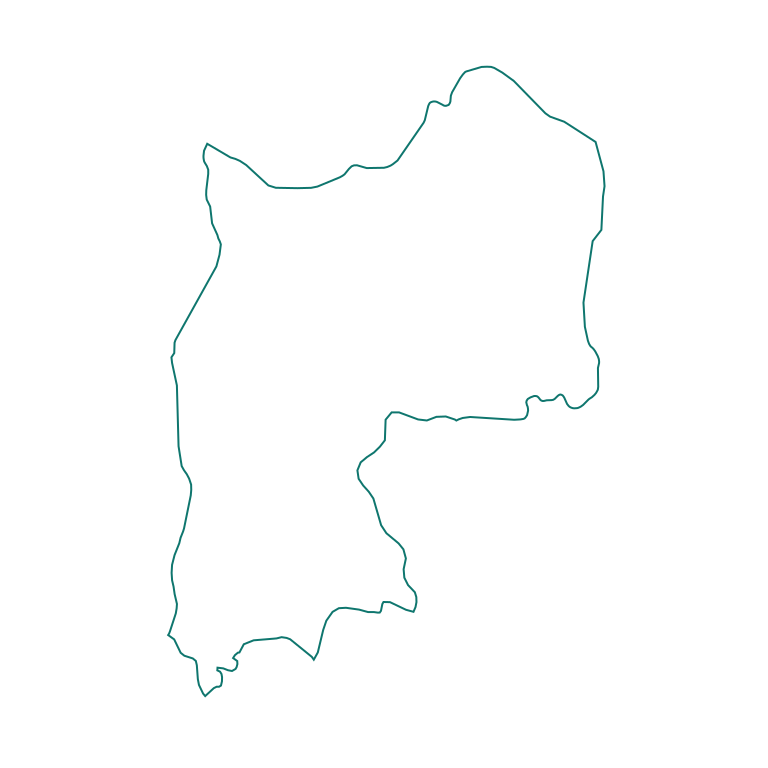 SVG path tracing the border of Stœng Trêng, rotated 184°
{"feature_id": "KHM-1792", "entity_name": "Stœng Trêng", "entity_type": "Province", "adm_level": 1, "iso_a3": "KHM", "parent_name": "Cambodia", "parent_adm1": "", "projection": "natural_earth1", "projection_center": [106.102, 13.853], "detail": "fine", "context": "isolated", "style": "outline", "palette": "teal", "viewbox_px": 768, "rotation_deg": 184, "n_neighbors": 0, "source": "natural_earth", "source_scale": "10m", "svg_char_len": 3404}
<svg xmlns="http://www.w3.org/2000/svg" viewBox="0 0 768 768"><g transform="rotate(184 384 384)"><path d="M540.6,60.2L542.9,62.6L547.6,70.9L549.1,76.5L551.1,90.4L552.4,94.6L555.6,96.9L564.2,99.0L568.1,101.7L575.5,114.6L581.8,118.5L581.0,120.0L580.3,122.2L575.7,140.6L575.2,145.8L575.2,150.1L578.2,159.8L579.8,167.2L581.7,173.4L582.7,180.8L582.8,188.8L581.0,198.7L577.1,210.9L576.2,216.4L574.1,223.0L573.4,226.0L569.0,259.4L568.9,264.9L569.4,270.2L571.8,276.0L574.4,280.2L577.5,284.0L580.1,288.0L584.6,307.6L590.5,368.1L596.9,390.3L597.9,395.8L595.4,400.2L595.8,410.6L595.1,413.3L559.4,489.6L557.1,501.5L556.5,511.9L557.8,514.9L559.4,517.6L560.6,521.0L566.7,532.3L569.8,548.9L573.7,555.6L574.6,560.2L574.8,564.9L574.0,581.3L574.3,585.5L575.9,589.0L578.3,592.4L579.0,593.6L579.4,595.1L579.8,596.9L580.0,598.9L579.8,604.1L577.1,611.3L553.0,599.3L548.0,598.2L543.3,596.5L536.7,592.8L513.2,574.0L505.6,572.2L484.2,573.3L470.4,574.6L464.2,576.3L442.5,587.1L439.9,588.8L438.0,590.4L434.0,596.1L431.5,598.9L429.2,600.0L426.2,600.3L416.3,598.2L399.1,599.7L395.9,600.7L392.7,602.3L390.5,603.9L386.1,607.9L362.7,647.4L361.7,650.0L359.3,664.3L358.6,666.3L357.9,667.6L357.0,668.3L355.7,668.9L354.4,669.3L353.0,669.4L351.9,669.3L350.9,669.1L344.8,666.5L344.2,666.1L343.1,665.8L341.6,665.8L339.0,666.9L338.0,668.6L337.5,670.3L337.4,676.3L336.4,679.8L329.4,694.3L326.9,698.3L324.9,700.8L323.8,701.5L308.8,707.1L303.4,707.7L299.3,707.8L296.1,707.0L287.7,702.9L275.7,695.4L241.9,665.3L237.0,662.3L222.5,658.2L189.8,640.2L179.9,611.5L177.8,596.7L178.6,586.3L177.9,552.9L185.8,541.1L190.7,479.1L187.6,455.1L183.6,441.4L182.2,438.3L180.8,436.3L179.8,435.4L178.7,434.7L177.2,433.3L175.5,431.2L172.7,426.7L171.5,424.0L171.0,421.7L170.9,419.9L171.7,414.9L170.1,396.1L170.3,393.2L171.0,391.6L171.8,389.9L173.3,387.8L175.7,385.3L177.9,383.7L178.9,382.8L183.9,377.0L186.2,375.1L187.4,374.4L188.5,373.8L189.7,373.4L192.6,373.0L194.2,373.1L195.7,373.5L197.1,374.1L198.2,374.9L199.1,375.9L200.0,376.9L203.2,382.9L204.0,384.0L204.9,385.0L206.1,385.6L207.5,385.8L208.6,385.3L209.8,384.3L212.7,381.0L214.2,380.0L215.8,379.6L220.5,379.1L223.1,378.3L224.4,378.1L225.8,378.4L226.9,379.1L228.7,381.1L229.6,381.9L230.7,382.5L232.0,382.6L233.4,382.5L236.9,380.9L239.5,379.1L240.5,377.4L240.8,375.7L239.9,372.8L239.2,371.6L238.7,369.7L238.4,367.5L239.1,362.9L240.2,360.9L241.3,359.5L242.5,358.9L245.4,358.2L251.6,357.4L295.8,357.1L303.1,355.6L306.9,354.0L309.3,352.6L310.8,353.5L320.1,355.9L329.4,354.9L338.7,350.6L347.5,351.0L366.9,356.7L374.4,356.2L379.9,348.5L379.2,327.9L383.7,321.2L389.2,315.0L395.9,309.9L401.8,304.2L404.5,296.0L402.7,287.7L397.7,281.3L391.7,275.5L386.6,269.0L377.0,242.9L371.2,235.3L358.3,226.0L353.1,220.4L350.0,211.5L351.5,200.6L350.2,192.2L346.0,185.1L338.7,178.4L336.9,173.7L336.4,168.7L337.0,163.7L338.7,158.8L346.3,160.3L362.8,166.8L369.3,166.5L370.3,164.4L371.2,157.5L372.3,155.7L374.2,155.5L378.3,155.8L384.1,155.4L393.1,157.2L406.3,158.1L413.4,157.2L419.4,153.1L425.0,143.9L427.5,134.4L431.3,111.6L434.8,104.1L437.0,106.8L459.8,122.8L463.4,123.9L468.5,124.3L473.5,122.7L476.0,122.3L496.2,119.2L505.7,114.6L509.5,106.1L511.0,105.8L513.8,103.1L515.4,100.1L511.1,97.4L510.7,94.4L511.3,91.3L512.2,89.4L515.6,87.1L519.7,87.6L524.5,89.1L530.3,89.4L530.3,86.7L527.5,85.6L525.9,83.4L525.1,80.3L524.9,76.1L525.6,71.8L527.4,70.5L529.9,70.3L532.6,68.7L540.6,60.2Z" fill="none" stroke="#0f766e" stroke-width="2"/></g></svg>